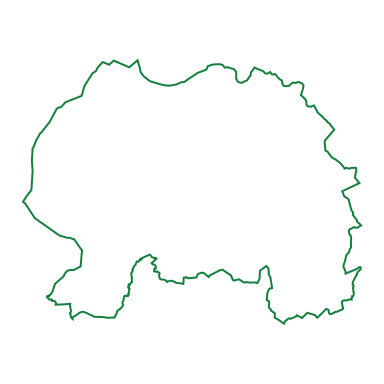 outline of Igabi, Kaduna, Nigeria
{"feature_id": "59680162B83099166959131", "entity_name": "Igabi", "entity_type": "district", "adm_level": 2, "iso_a3": "NGA", "parent_name": "Nigeria", "parent_adm1": "Kaduna", "projection": "mercator", "projection_center": [7.565, 10.746], "detail": "fine", "context": "isolated", "style": "outline", "palette": "green", "viewbox_px": 384, "rotation_deg": 0, "n_neighbors": 0, "source": "geoboundaries", "source_scale": "gbopen_adm2", "svg_char_len": 5888}
<svg xmlns="http://www.w3.org/2000/svg" viewBox="0 0 384 384"><path d="M130.8,283.1L131.0,282.7L131.6,282.4L132.0,282.2L131.7,279.9L132.0,278.1L131.5,275.6L131.2,273.7L131.5,273.0L131.8,272.4L132.1,272.1L132.4,271.3L132.9,269.9L132.4,269.6L134.3,265.9L135.5,264.8L136.6,261.7L136.9,261.4L138.5,261.8L138.6,261.5L139.4,260.2L139.6,260.3L139.8,260.2L139.9,259.5L141.0,259.5L140.8,258.9L141.7,258.9L141.6,258.3L145.8,256.3L149.8,254.6L150.7,255.4L151.8,257.1L154.2,258.0L154.6,258.6L155.3,257.8L156.5,258.6L155.6,259.6L151.6,263.1L152.4,264.1L152.7,264.2L152.8,264.4L153.3,264.4L153.6,264.3L154.7,264.9L155.6,266.3L155.9,267.0L156.0,268.1L155.1,268.6L154.9,268.3L154.4,268.4L154.0,271.2L154.5,271.1L154.5,271.3L156.5,271.8L157.0,271.5L157.3,271.4L157.4,271.8L157.7,271.9L157.8,272.1L158.3,272.3L158.6,272.4L159.0,272.7L159.4,272.9L159.5,273.1L159.6,273.5L159.2,274.3L159.0,275.0L159.5,277.6L160.0,278.7L160.3,279.1L161.5,279.5L163.8,279.6L165.1,280.0L166.3,280.9L167.1,282.0L167.8,281.4L170.6,280.7L172.0,280.9L174.3,281.7L176.4,282.9L181.6,283.5L183.3,284.0L183.8,277.6L186.6,277.3L187.1,278.1L190.6,278.1L196.1,277.5L197.0,276.2L197.7,274.3L197.9,274.0L201.9,272.6L204.3,273.3L208.7,277.0L209.8,275.4L220.0,270.2L222.5,269.7L231.1,275.5L232.2,278.5L233.5,280.6L239.0,279.3L244.2,282.6L246.4,282.1L246.5,282.2L251.2,282.7L254.4,282.3L257.4,283.1L259.6,278.5L259.9,270.8L266.1,266.0L268.5,268.4L268.8,274.6L270.3,276.9L272.1,288.1L269.4,288.7L267.4,292.6L266.8,300.0L269.0,301.4L269.1,301.5L269.2,303.4L268.8,305.8L269.0,307.8L270.7,309.2L270.8,310.3L274.9,313.4L274.6,317.4L277.9,319.5L278.0,319.5L284.0,323.7L285.1,321.2L288.8,318.4L289.9,318.4L290.6,318.8L296.0,316.5L296.8,315.3L302.2,318.0L302.7,317.3L307.3,312.8L315.0,315.1L317.3,317.7L324.5,310.8L326.0,309.0L328.4,309.7L328.8,311.9L329.3,313.6L329.9,314.1L330.9,314.0L331.9,313.7L334.5,312.5L334.9,311.9L335.9,311.9L336.6,311.8L337.6,311.5L340.2,310.3L341.4,310.0L341.9,309.7L342.2,309.2L343.0,308.8L342.9,308.0L343.2,307.4L342.5,306.2L341.9,303.0L342.0,301.5L343.6,300.4L347.1,300.4L348.5,299.7L350.2,299.4L351.4,299.6L351.2,299.1L351.2,298.6L351.8,298.3L352.0,297.6L352.0,296.2L352.6,296.0L353.2,296.0L353.4,295.3L353.7,294.6L353.8,293.8L353.8,292.6L353.4,292.0L353.3,291.4L353.4,290.0L353.1,289.4L353.1,288.6L352.8,288.1L352.8,287.7L353.2,287.3L353.5,286.8L353.7,286.2L353.5,285.7L353.2,285.2L352.7,284.8L352.7,284.5L352.8,282.2L353.7,280.2L356.9,274.3L357.4,272.4L360.7,269.2L360.5,267.4L360.1,267.0L359.2,267.2L357.1,268.8L345.6,273.6L345.5,272.5L345.5,271.3L344.8,270.1L344.4,268.8L343.9,268.0L343.4,265.9L345.3,259.8L346.2,255.4L349.1,252.1L349.2,250.7L350.0,248.8L351.1,247.3L350.9,245.5L351.0,244.0L350.9,240.8L351.2,237.6L350.7,235.5L349.4,234.3L349.1,232.6L348.8,230.6L349.8,229.1L351.8,228.5L354.0,227.0L355.5,227.8L357.9,227.5L361.0,225.4L359.5,223.7L357.1,221.7L356.9,220.2L352.8,214.9L353.2,212.8L351.4,210.1L348.6,199.5L347.5,198.3L344.3,196.5L342.3,191.2L359.4,183.1L354.9,177.6L355.8,172.8L356.4,170.2L355.9,167.9L351.4,167.9L349.2,168.6L346.1,167.8L344.7,168.7L343.3,166.7L341.0,163.9L340.1,163.0L337.9,161.2L335.8,159.7L332.0,157.5L329.8,154.9L327.6,151.7L325.4,150.5L325.1,147.7L324.9,144.7L324.7,143.1L324.8,142.3L324.8,140.7L334.2,129.7L329.1,123.1L327.1,121.9L326.8,120.8L324.1,118.7L322.7,117.0L317.5,112.4L317.4,111.8L313.9,105.4L311.3,106.7L307.4,106.2L306.4,104.4L306.4,102.0L306.0,100.7L305.1,99.0L301.2,95.3L300.9,95.2L303.0,88.6L303.5,85.6L302.1,83.3L298.5,82.0L295.7,82.9L292.6,82.6L290.1,84.9L288.9,85.8L287.2,86.1L284.2,86.1L282.9,84.8L282.7,84.0L282.2,83.4L282.3,83.0L282.2,82.3L282.2,82.0L282.1,81.0L281.8,80.5L281.5,80.2L280.3,79.7L279.2,78.6L277.9,77.6L276.0,74.9L274.7,73.9L273.6,74.4L272.0,74.4L270.1,72.0L267.8,73.5L265.4,73.5L263.1,71.1L256.0,68.3L254.4,67.5L252.5,70.6L250.9,72.3L250.7,75.0L249.4,76.8L246.9,80.5L243.6,81.8L241.9,82.8L239.7,82.5L237.9,81.9L236.2,78.8L236.2,71.9L233.8,69.1L227.3,67.2L224.7,67.6L222.7,65.0L220.0,64.2L216.4,64.3L212.9,64.5L207.9,66.1L206.3,69.7L197.8,72.8L190.2,77.8L184.4,81.9L181.4,82.2L176.2,84.5L169.4,85.7L165.3,85.4L160.6,84.4L150.0,81.2L144.0,76.6L140.7,72.3L139.6,67.2L137.6,60.3L129.2,67.3L113.8,60.6L109.2,64.7L102.6,62.1L97.8,67.4L95.8,71.2L92.5,73.3L84.4,86.0L81.6,95.9L65.5,102.2L61.0,107.2L58.6,107.6L56.7,108.7L51.5,118.6L49.4,122.3L41.0,132.9L40.0,133.5L37.1,138.9L36.3,140.0L33.6,146.9L32.6,148.5L31.9,160.9L32.6,171.0L31.4,190.0L26.4,196.5L23.0,201.8L25.2,203.5L34.8,218.1L59.4,235.5L67.2,237.8L69.5,237.7L73.4,239.2L74.3,239.4L78.8,246.0L82.0,250.4L80.6,266.5L73.6,270.1L70.4,269.9L67.2,270.9L64.8,273.6L63.6,276.4L55.1,283.7L52.3,292.0L50.4,294.8L49.7,294.8L49.2,295.3L49.0,296.2L48.5,296.4L47.9,296.1L47.2,296.1L46.9,296.7L47.1,297.3L47.7,298.0L48.3,298.3L48.7,298.9L49.2,299.4L50.1,299.7L50.7,299.7L51.4,299.4L51.9,299.6L52.0,300.9L52.4,301.0L53.9,301.1L54.5,301.0L55.1,301.5L56.1,303.1L55.8,303.7L55.6,304.7L63.3,304.4L70.2,303.8L69.9,305.3L71.0,310.7L70.8,312.1L70.1,312.8L69.9,313.6L70.6,314.3L70.8,316.8L71.6,317.8L71.9,318.4L72.7,319.0L72.7,318.0L73.4,316.7L74.1,316.2L75.2,315.9L78.5,313.5L79.9,312.6L81.5,312.0L82.7,311.7L84.6,312.2L86.9,313.1L89.2,314.4L91.8,315.3L93.3,316.3L94.8,316.9L100.2,316.9L104.7,317.3L107.9,317.8L109.5,317.7L110.9,317.7L114.5,317.5L115.2,316.2L115.4,315.3L116.2,314.4L116.9,312.9L116.9,312.2L117.2,311.0L118.1,310.2L120.1,309.0L120.4,308.5L121.1,308.0L121.9,307.2L121.9,306.9L122.2,306.8L122.9,305.6L123.0,304.9L122.4,303.3L122.4,302.7L122.8,301.7L123.3,300.9L123.6,300.2L123.7,298.3L123.9,297.7L124.1,296.6L125.3,295.9L125.2,295.8L125.5,295.7L125.9,295.7L126.0,295.9L126.7,295.9L127.8,296.2L128.9,294.5L128.4,294.3L128.1,294.0L128.8,292.6L129.2,290.1L129.5,289.5L128.6,288.0L129.2,287.9L128.8,286.7L128.3,286.6L128.5,285.7L129.0,285.2L128.6,284.9L128.7,284.6L129.1,284.7L129.3,284.3L129.9,284.6L130.0,284.0L130.4,283.9L130.5,283.7L130.8,283.1Z" fill="none" stroke="#15803d" stroke-width="2"/></svg>